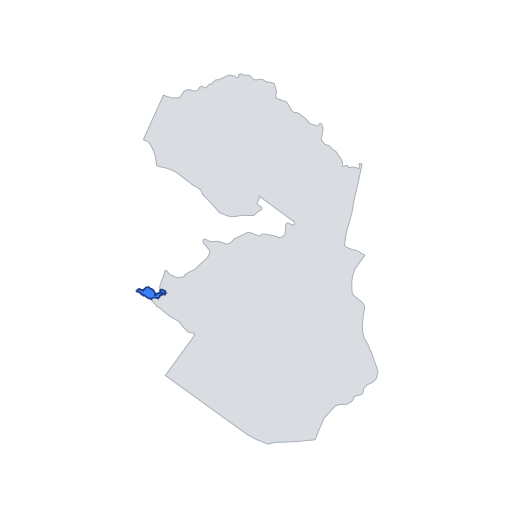 Ikelenge, North-Western, Zambia (highlighted), rotated 306°
{"feature_id": "96606910B32160654105939", "entity_name": "Ikelenge", "entity_type": "district", "adm_level": 2, "iso_a3": "ZMB", "parent_name": "Zambia", "parent_adm1": "North-Western", "projection": "equal_earth", "projection_center": [24.346, -11.254], "detail": "fine", "context": "in_parent", "style": "filled", "palette": "blue", "viewbox_px": 512, "rotation_deg": 306, "n_neighbors": 0, "source": "geoboundaries", "source_scale": "gbopen_adm2", "svg_char_len": 7630}
<svg xmlns="http://www.w3.org/2000/svg" viewBox="0 0 512 512"><g transform="rotate(306 256 256)"><path d="M320.6,343.6L303.6,343.7L297.4,345.5L292.3,348.2L286.3,352.4L282.7,355.4L281.8,357.1L281.3,360.7L281.2,366.3L280.6,370.3L278.7,374.0L269.5,378.5L263.5,382.1L257.6,386.4L253.1,392.0L250.0,398.9L244.9,407.4L234.3,422.6L228.1,425.4L223.0,424.8L216.9,421.6L212.0,421.0L208.3,423.0L205.0,422.4L201.9,419.2L199.3,418.1L197.2,418.9L194.6,418.8L189.7,417.0L185.5,411.6L183.2,409.4L181.4,408.5L176.4,407.6L164.8,406.4L152.7,409.1L142.1,411.8L131.3,399.7L120.9,386.9L118.7,383.7L114.7,379.4L111.9,377.3L110.8,376.2L107.9,364.8L106.4,354.3L106.0,252.9L153.7,252.9L156.7,252.4L156.9,251.4L154.7,245.9L154.8,244.0L155.4,240.3L157.5,232.9L157.6,230.5L156.6,222.4L156.7,217.9L157.3,208.9L156.9,205.8L158.0,201.7L158.4,199.0L158.9,197.8L158.3,194.7L157.4,183.9L156.8,179.4L159.7,180.1L160.6,182.3L161.2,184.7L162.5,184.9L165.9,186.3L167.1,188.3L167.8,192.6L167.4,194.9L166.3,196.7L167.4,198.2L169.7,199.3L171.0,199.0L174.8,196.0L178.4,194.9L180.2,194.2L188.1,192.2L189.7,191.2L190.8,191.2L191.6,192.0L190.8,195.1L190.6,197.8L191.6,202.9L192.3,205.3L193.9,207.1L195.1,208.0L196.5,209.9L199.2,209.5L205.3,212.2L207.1,213.4L209.6,214.6L211.5,215.0L217.7,215.9L224.3,217.4L227.7,217.5L230.1,217.2L231.8,216.4L232.9,215.6L233.3,214.9L235.9,205.1L237.1,204.3L238.8,203.8L239.7,204.7L240.8,210.9L245.5,216.5L247.1,221.1L248.3,225.1L249.3,226.2L251.1,227.6L254.0,228.1L256.6,228.2L269.4,235.0L270.8,236.2L272.3,239.9L273.2,244.0L274.2,247.2L275.9,247.8L277.4,248.1L278.8,250.3L279.9,252.2L283.6,260.2L284.2,263.4L286.0,265.5L288.5,266.5L290.8,266.6L292.1,265.6L295.4,264.0L298.0,262.1L299.8,261.4L300.9,261.8L301.8,263.1L302.3,267.1L304.1,268.5L305.4,267.9L306.0,266.4L306.0,265.6L306.3,223.7L305.1,224.0L303.6,225.2L300.2,225.4L298.9,226.2L298.5,227.6L298.7,229.3L298.8,231.7L298.3,232.8L296.8,233.2L294.6,232.3L290.7,231.1L287.5,230.4L285.2,227.3L282.0,222.5L280.0,220.1L275.0,215.2L274.2,214.2L272.7,211.9L271.4,208.0L270.2,203.4L269.5,200.5L270.8,196.1L273.7,181.5L274.4,177.0L276.9,172.4L277.1,168.3L276.1,163.0L276.4,160.0L276.8,143.4L276.2,138.1L274.6,132.2L271.0,124.1L271.0,122.3L276.6,117.0L278.3,115.0L281.2,110.8L283.1,107.1L284.4,104.2L284.8,100.3L283.9,96.7L285.8,96.0L331.8,86.6L332.4,89.1L333.8,93.2L335.3,96.3L337.3,99.0L338.9,100.6L340.1,101.1L347.1,100.9L349.7,102.5L351.8,104.6L352.4,107.8L353.8,109.8L355.4,111.4L356.1,111.6L357.2,111.2L359.1,111.1L360.9,111.8L361.7,112.5L361.7,115.2L362.3,116.4L364.7,116.9L367.1,117.1L369.4,118.9L372.0,119.2L374.9,120.0L376.3,121.9L379.4,123.9L383.2,125.7L387.3,128.7L387.4,129.6L388.1,131.3L388.9,132.6L388.9,134.4L389.2,136.1L390.3,136.6L391.2,136.7L392.0,135.4L393.2,135.5L394.4,136.3L394.8,138.2L395.7,140.9L397.3,142.7L398.3,144.4L397.9,147.6L397.2,150.5L399.3,153.4L402.0,156.1L402.7,157.3L402.9,161.4L403.3,162.8L405.2,166.1L406.0,168.4L406.0,169.7L400.9,176.3L397.8,177.3L396.5,178.7L395.6,180.1L397.5,186.8L398.6,189.3L397.7,192.4L395.6,197.8L394.7,198.3L394.5,202.3L395.1,203.8L396.1,204.9L396.4,207.7L396.3,214.5L394.9,222.3L397.1,229.0L397.9,229.7L401.0,229.8L401.5,230.4L400.7,232.3L398.5,235.3L394.5,237.6L388.8,240.1L387.6,242.6L386.8,246.1L387.4,248.2L388.1,249.4L387.9,252.5L387.3,255.7L387.5,258.3L387.2,260.6L386.4,261.7L385.4,265.1L384.1,268.6L383.1,270.2L381.7,271.8L379.4,273.2L379.5,273.9L382.0,275.4L382.6,276.5L382.9,277.3L381.8,279.0L382.9,280.1L384.3,281.0L385.7,283.3L387.2,287.6L387.4,288.0L387.9,288.1L388.7,287.6L390.3,285.9L391.5,285.2L392.8,287.7L368.9,298.4L363.3,300.5L355.0,304.3L352.3,305.7L350.1,307.1L327.9,315.4L324.5,317.0L316.6,321.3L316.4,321.9L316.4,323.9L317.1,327.9L318.4,331.5L319.5,333.6L320.2,338.9L320.6,343.6Z" fill="#d9dde1" stroke="#a8b0b8" stroke-width="1"/><path d="M172.8,198.6L172.9,199.2L172.8,199.4L172.6,199.5L172.1,199.3L171.9,199.3L171.8,199.2L171.7,199.1L171.7,199.3L171.4,199.4L171.2,199.9L170.8,199.9L170.4,199.9L170.1,199.8L170.1,199.7L169.7,199.8L169.4,199.8L169.2,199.8L169.0,200.0L168.9,199.9L168.9,199.6L168.9,199.4L168.9,199.1L168.5,199.0L168.5,198.6L168.0,198.5L167.9,198.4L167.8,198.2L167.5,198.1L167.3,197.8L167.1,197.7L166.8,197.7L166.8,197.8L166.8,198.0L166.5,198.1L165.9,198.0L165.7,198.0L165.5,197.7L165.3,197.7L165.0,197.5L164.8,197.2L165.0,196.9L165.4,196.8L165.5,196.7L165.9,196.7L166.3,196.6L166.5,196.1L166.8,196.1L166.9,195.7L167.0,195.6L167.0,195.2L167.3,194.6L167.4,194.4L167.6,194.4L167.6,194.1L167.5,193.9L167.6,193.7L167.8,193.4L167.8,193.2L168.0,193.0L167.9,192.5L168.1,192.4L168.2,192.0L167.9,191.9L167.8,191.6L167.9,191.4L168.0,190.7L167.7,190.3L167.5,190.2L167.4,190.1L167.4,189.8L167.6,189.3L167.6,189.0L167.7,188.6L167.7,188.3L167.8,188.0L167.7,187.9L167.7,187.6L167.8,187.5L167.7,187.3L167.6,187.2L167.4,187.1L167.4,186.8L167.3,186.7L167.2,186.7L166.6,186.2L166.2,185.7L165.8,185.5L165.6,185.4L165.4,185.2L164.9,185.4L164.6,185.3L164.2,185.4L164.2,185.5L163.8,185.5L163.8,185.2L163.6,185.1L162.9,184.8L162.8,184.7L162.6,184.7L162.4,184.5L162.1,184.7L162.0,184.9L161.9,185.3L161.5,185.3L161.4,185.2L161.4,184.9L161.4,184.6L161.3,184.3L161.3,184.0L161.2,183.9L161.2,183.7L161.4,183.3L161.2,183.0L161.1,182.8L161.2,182.7L160.9,182.3L160.7,182.1L161.0,181.6L161.1,181.2L160.8,180.9L160.6,180.6L160.3,180.6L160.2,180.6L160.0,180.4L159.3,179.9L159.1,179.9L159.0,180.0L158.5,180.0L158.1,180.2L157.8,180.1L157.6,180.0L157.2,180.8L157.5,181.0L157.7,181.3L157.9,181.6L158.1,181.8L158.2,182.0L158.1,182.3L158.1,182.5L158.2,183.1L158.3,183.2L158.2,183.5L158.3,183.6L158.2,183.9L158.1,184.0L157.9,184.5L158.0,185.0L158.0,185.4L158.0,185.6L157.9,185.7L158.0,185.7L158.0,185.9L158.0,186.2L158.0,186.3L158.1,186.5L158.1,186.8L158.1,187.0L158.2,187.3L158.0,187.5L157.8,187.6L157.7,187.9L157.7,188.0L157.8,188.0L157.8,188.3L158.1,188.3L158.2,188.5L158.2,188.4L158.4,188.5L158.5,188.5L158.6,189.0L158.6,189.4L158.6,189.6L158.5,193.2L159.1,194.4L159.4,195.8L159.7,197.0L160.3,196.6L160.6,196.7L160.9,196.6L161.0,196.6L161.3,196.7L161.3,196.8L161.5,197.0L161.9,197.3L162.0,197.4L162.0,197.6L162.2,197.9L162.3,198.0L162.5,198.1L162.6,198.3L162.6,198.2L162.8,198.3L162.8,198.5L162.9,198.9L163.0,199.1L163.1,199.3L163.2,199.6L163.4,199.6L163.4,199.9L163.5,200.0L163.6,200.4L163.7,200.5L163.8,200.7L163.8,200.8L164.0,201.0L164.0,201.3L164.1,201.2L164.1,201.3L164.3,201.3L164.4,201.5L164.5,201.5L164.8,201.6L165.0,201.7L165.0,201.8L165.3,201.8L165.4,202.0L165.6,202.1L165.8,202.2L166.0,202.2L166.2,201.9L166.3,201.9L166.5,201.8L166.7,201.7L166.8,201.8L167.0,201.7L167.0,201.8L167.3,201.9L167.3,202.0L167.3,201.9L167.5,201.9L167.8,202.0L168.0,202.1L168.3,202.1L168.4,202.3L168.5,202.2L168.6,202.3L168.6,202.2L168.8,202.1L168.8,202.3L169.0,202.2L169.1,202.3L169.2,202.2L169.3,202.2L169.5,202.1L170.0,202.2L170.0,201.9L170.1,201.7L170.2,201.8L170.3,201.8L170.4,201.7L170.5,201.7L170.4,201.8L170.5,201.9L170.5,202.0L170.6,201.9L170.7,202.0L170.8,202.1L171.0,202.3L170.9,202.4L171.0,202.4L171.0,202.5L171.0,202.9L171.0,203.0L171.0,203.3L171.0,203.5L170.9,203.6L171.0,203.7L171.0,204.1L170.9,204.2L171.0,204.4L170.9,204.5L171.0,204.6L171.0,205.0L171.3,205.2L171.5,205.2L171.5,204.9L171.6,204.7L171.7,204.8L171.9,204.7L171.9,204.8L172.0,204.8L172.0,204.7L172.1,204.4L172.4,204.4L172.5,204.4L172.5,204.5L172.8,204.4L172.9,204.2L173.0,204.2L172.9,204.0L173.1,203.9L173.3,204.2L173.3,203.9L173.5,203.7L173.8,203.6L173.7,203.5L173.7,203.3L173.8,203.3L174.0,203.3L174.0,203.2L174.3,203.0L174.4,202.9L174.3,202.7L174.2,202.5L174.1,202.4L174.1,201.9L174.1,201.6L174.1,201.4L173.9,200.9L173.7,200.5L173.8,200.0L173.5,199.9L173.3,199.3L173.2,198.9L172.9,198.6L172.8,198.6Z" fill="#3b82f6" stroke="#1e3a8a" stroke-width="1.5"/></g></svg>